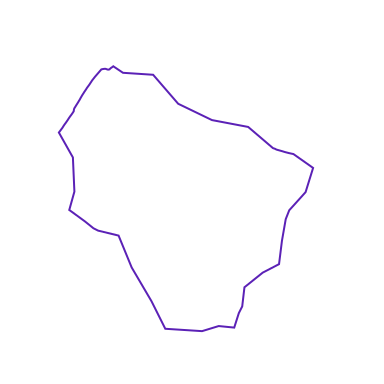 Saixandulaan, Dornogovi, Mongolia (Equal Earth projection), rotated 255°
{"feature_id": "93677404B55726932158905", "entity_name": "Saixandulaan", "entity_type": "district", "adm_level": 2, "iso_a3": "MNG", "parent_name": "Mongolia", "parent_adm1": "Dornogovi", "projection": "equal_earth", "projection_center": [109.601, 44.783], "detail": "fine", "context": "isolated", "style": "outline", "palette": "violet", "viewbox_px": 384, "rotation_deg": 255, "n_neighbors": 0, "source": "geoboundaries", "source_scale": "gbopen_adm2", "svg_char_len": 1284}
<svg xmlns="http://www.w3.org/2000/svg" viewBox="0 0 384 384"><g transform="rotate(255 192 192)"><path d="M97.0,124.6L66.8,130.8L55.0,165.7L55.6,183.1L50.1,197.7L62.9,205.9L68.5,210.9L86.4,218.0L95.8,239.4L99.8,257.4L121.7,266.3L141.5,275.5L149.2,281.2L157.6,294.2L162.5,301.7L183.9,315.2L202.4,299.8L204.5,295.7L206.6,292.0L208.0,289.8L210.9,284.9L211.2,284.5L211.5,284.1L212.3,283.3L213.2,281.9L213.5,281.5L240.3,263.1L256.3,229.9L280.8,201.5L315.3,184.8L325.0,156.2L333.8,148.5L333.2,147.1L332.9,146.1L332.2,144.6L331.8,144.0L331.8,143.4L331.8,143.1L332.0,142.6L332.2,142.0L332.5,141.6L333.3,140.5L333.6,139.5L333.8,138.1L333.9,136.2L332.2,133.7L328.4,128.1L327.5,126.9L325.7,124.5L322.4,120.8L321.5,119.7L320.0,117.8L319.4,117.1L318.7,116.4L318.2,115.8L317.4,114.9L316.3,113.6L315.6,112.9L314.9,112.1L313.8,110.9L312.8,109.9L312.3,109.4L311.5,108.6L310.2,107.4L309.4,106.5L308.3,105.4L306.9,103.9L306.1,103.0L304.0,100.8L303.3,100.0L302.4,99.4L301.3,98.9L300.7,98.7L300.4,98.4L300.1,98.1L299.3,97.2L297.7,95.3L296.7,94.0L295.1,92.1L293.8,90.7L291.5,88.0L290.4,86.6L289.2,85.2L287.5,83.4L286.5,82.1L283.9,78.8L256.2,85.9L222.8,78.5L206.4,68.8L200.7,73.4L191.4,80.9L182.5,87.4L179.0,91.3L168.9,109.8L134.7,114.2L97.0,124.6Z" fill="none" stroke="#5b21b6" stroke-width="2"/></g></svg>